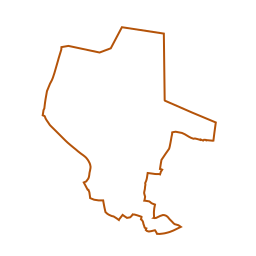 Apapa, Lagos, Nigeria, rotated 190°
{"feature_id": "59680162B5781056238943", "entity_name": "Apapa", "entity_type": "district", "adm_level": 2, "iso_a3": "NGA", "parent_name": "Nigeria", "parent_adm1": "Lagos", "projection": "albers", "projection_center": [3.364, 6.438], "detail": "fine", "context": "isolated", "style": "outline", "palette": "amber", "viewbox_px": 256, "rotation_deg": 190, "n_neighbors": 0, "source": "geoboundaries", "source_scale": "gbopen_adm2", "svg_char_len": 2527}
<svg xmlns="http://www.w3.org/2000/svg" viewBox="0 0 256 256"><g transform="rotate(190 128 128)"><path d="M121.0,35.8L120.8,36.6L118.2,41.5L116.6,40.7L113.4,39.3L110.4,40.4L109.4,41.7L108.3,43.8L107.5,43.7L106.6,43.9L103.7,43.6L101.0,43.2L99.3,42.9L99.2,42.0L99.4,40.3L98.3,39.7L97.2,38.6L96.6,37.4L96.2,36.3L95.2,34.6L94.3,32.8L93.7,32.5L92.5,32.3L92.7,31.6L92.8,30.7L91.5,29.9L90.1,29.7L89.4,29.7L87.1,30.5L83.7,32.0L82.9,31.2L81.7,29.8L81.1,28.8L78.3,29.2L75.6,30.0L73.8,30.6L72.6,31.1L70.4,32.1L68.8,32.9L65.7,34.8L64.3,35.8L58.8,39.8L61.4,41.0L63.2,41.2L65.3,41.4L66.5,42.0L68.2,43.3L71.2,45.4L73.3,47.2L74.9,48.1L76.2,48.4L77.4,48.5L78.7,48.3L79.5,47.8L81.0,47.0L83.1,45.5L84.6,44.4L86.0,43.9L87.1,43.9L86.9,44.1L86.8,44.4L86.9,45.0L87.5,47.6L87.9,49.7L88.1,52.3L88.2,53.4L88.1,57.3L91.0,57.8L92.3,58.3L93.6,59.1L94.4,59.4L97.5,59.4L99.3,59.3L99.2,59.7L99.2,60.9L99.2,63.3L100.3,65.5L100.5,66.0L100.8,66.7L100.9,67.7L100.8,70.8L101.0,73.3L101.0,75.2L101.5,76.7L100.9,79.3L100.7,81.5L100.8,87.1L96.3,87.3L93.3,87.4L91.1,87.7L89.4,88.0L88.4,87.9L88.4,88.2L88.2,89.0L88.0,91.1L87.6,91.6L87.1,92.9L88.5,93.2L89.4,93.2L89.5,98.1L89.5,102.4L86.4,109.4L84.7,113.0L83.9,114.7L83.7,116.8L83.6,121.4L83.6,126.8L83.5,129.7L83.7,130.9L83.7,131.4L82.2,132.0L80.4,132.6L74.0,132.5L71.0,131.7L66.3,129.9L64.0,129.2L61.6,128.8L60.3,129.3L58.3,129.2L56.1,129.0L54.7,128.8L54.6,129.3L54.0,129.2L53.3,129.0L51.8,128.7L51.1,129.6L49.3,129.8L48.8,129.4L48.5,129.7L42.3,130.2L41.7,130.4L42.1,138.2L42.5,148.7L67.8,154.4L96.3,161.3L96.7,161.7L109.1,227.2L151.5,226.2L158.8,203.5L169.1,197.4L200.9,198.5L207.6,196.1L207.3,193.7L208.4,184.7L208.6,182.5L209.4,175.0L210.0,169.4L210.7,164.5L211.3,161.8L212.5,158.1L213.7,152.5L214.2,150.3L214.2,142.0L214.1,138.2L213.8,132.7L214.3,131.0L214.2,125.7L212.3,125.3L211.5,124.3L211.1,123.5L210.6,122.8L209.3,121.3L207.5,119.5L205.9,117.8L205.6,117.5L205.0,117.0L204.0,116.3L202.7,115.4L201.1,114.3L200.1,113.6L199.5,113.2L192.5,108.3L189.5,106.2L187.2,104.6L184.9,103.1L181.7,101.2L178.0,99.1L175.3,97.6L173.3,96.4L169.9,94.6L167.8,93.6L166.8,93.1L165.2,92.2L164.6,91.8L164.0,91.4L163.4,90.9L162.1,89.7L161.2,88.7L159.6,86.6L158.9,85.3L158.2,83.5L158.0,82.2L158.0,80.5L158.0,79.5L158.1,77.9L158.1,76.7L158.0,75.2L158.0,73.0L158.3,71.3L159.9,68.1L162.1,66.7L157.0,60.2L156.3,60.3L154.9,58.0L153.8,54.7L153.1,52.4L149.0,51.5L144.4,51.6L139.9,52.4L139.2,50.4L137.5,45.9L135.6,41.3L133.4,39.9L131.6,39.2L128.8,38.5L126.8,38.4L123.6,37.1L121.0,35.8Z" fill="none" stroke="#b45309" stroke-width="2"/></g></svg>